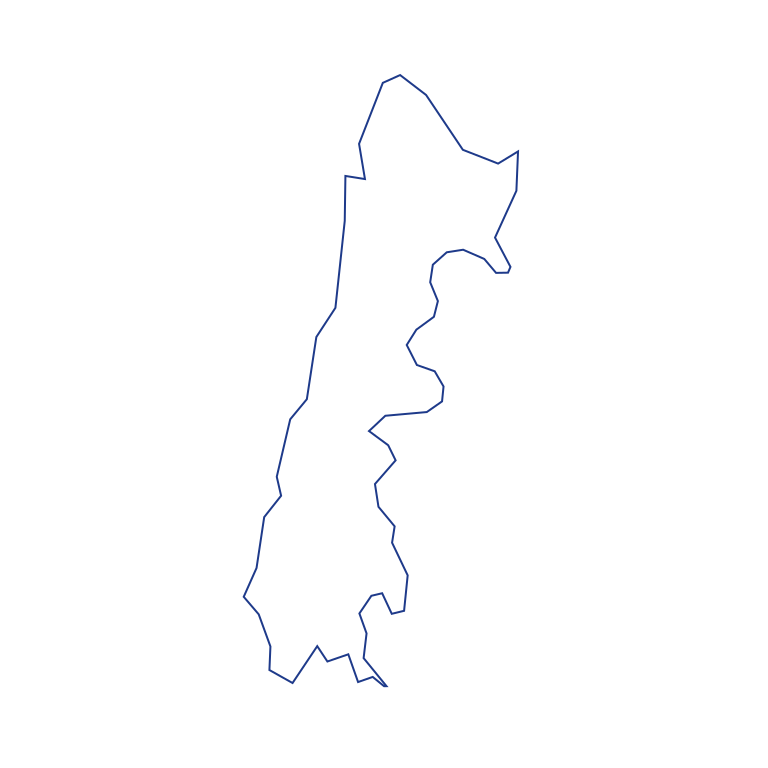 outline of Meigs, Tennessee, United States of America, rotated 160°
{"feature_id": "52423323B39245718526350", "entity_name": "Meigs", "entity_type": "district", "adm_level": 2, "iso_a3": "USA", "parent_name": "United States of America", "parent_adm1": "Tennessee", "projection": "mercator", "projection_center": [-84.811, 35.52], "detail": "fine", "context": "isolated", "style": "outline", "palette": "blue", "viewbox_px": 768, "rotation_deg": 160, "n_neighbors": 0, "source": "geoboundaries", "source_scale": "gbopen_adm2", "svg_char_len": 957}
<svg xmlns="http://www.w3.org/2000/svg" viewBox="0 0 768 768"><g transform="rotate(160 384 384)"><path d="M588.6,232.0L580.5,210.4L580.5,176.2L589.5,154.4L572.2,134.3L536.4,160.5L532.1,142.6L510.0,142.2L510.3,112.8L494.8,112.6L487.3,100.0L485.0,99.2L496.9,133.4L485.7,155.6L485.6,176.8L468.3,189.3L457.3,188.0L455.3,165.4L442.7,164.0L427.2,196.1L430.7,232.1L422.7,246.6L431.2,270.5L426.7,293.1L399.2,308.3L401.0,325.0L414.2,344.9L393.6,353.7L353.4,343.0L335.4,347.8L328.9,361.3L332.0,378.6L346.6,390.6L349.3,412.9L335.0,424.0L314.1,430.1L305.0,443.5L305.8,463.8L297.3,479.4L280.0,486.3L263.7,483.1L247.0,467.2L240.7,450.1L229.4,446.2L225.1,450.8L229.6,483.6L193.5,520.3L178.5,556.7L201.4,552.1L229.8,577.1L245.6,641.2L263.2,668.8L282.1,667.4L325.3,618.2L331.8,583.1L349.1,592.7L365.1,550.7L403.6,472.2L431.5,451.3L461.7,396.1L484.2,382.9L516.5,333.5L518.9,314.2L542.1,299.9L566.7,254.7L588.6,232.0Z" fill="none" stroke="#1e3a8a" stroke-width="2"/></g></svg>